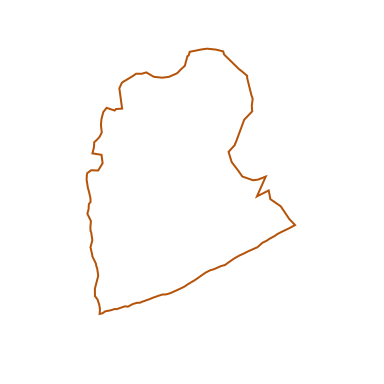 the district of Langtang South, Plateau, Nigeria, rotated 17°
{"feature_id": "59680162B99351931357354", "entity_name": "Langtang South", "entity_type": "district", "adm_level": 2, "iso_a3": "NGA", "parent_name": "Nigeria", "parent_adm1": "Plateau", "projection": "natural_earth1", "projection_center": [9.811, 8.594], "detail": "fine", "context": "isolated", "style": "outline", "palette": "amber", "viewbox_px": 384, "rotation_deg": 17, "n_neighbors": 0, "source": "geoboundaries", "source_scale": "gbopen_adm2", "svg_char_len": 2005}
<svg xmlns="http://www.w3.org/2000/svg" viewBox="0 0 384 384"><g transform="rotate(17 192 192)"><path d="M300.2,193.5L292.8,189.3L281.0,179.7L269.0,175.9L264.9,168.1L255.4,177.2L258.0,155.7L251.6,160.8L247.0,162.9L235.6,162.5L230.3,158.3L221.2,151.8L215.2,142.9L219.1,134.8L219.1,133.2L219.4,131.9L220.8,107.5L226.0,97.3L224.0,92.2L222.8,85.2L220.3,81.7L211.5,67.0L210.7,64.7L202.2,61.1L201.7,61.1L182.6,51.2L180.7,48.4L173.4,48.8L164.6,50.5L159.6,52.8L153.3,56.2L148.8,58.6L148.9,62.3L147.9,63.6L147.9,63.8L148.0,66.0L148.1,69.7L148.3,73.3L145.3,78.4L143.4,82.2L142.4,83.4L139.3,86.0L136.3,88.6L133.7,89.8L133.4,89.9L130.1,91.4L121.8,93.0L117.5,92.0L113.3,91.0L111.2,92.4L109.2,93.7L104.0,95.2L101.0,99.0L94.0,106.7L93.0,108.0L92.2,114.1L100.8,132.7L95.1,134.9L94.2,136.7L85.7,136.5L83.8,141.5L84.1,148.8L85.4,154.8L88.3,161.4L87.5,166.3L85.8,169.9L84.0,172.9L84.0,173.2L85.2,178.1L85.5,184.2L94.6,182.9L98.1,190.6L96.3,197.7L95.9,198.9L89.2,200.7L86.3,204.6L86.4,206.1L87.6,211.0L89.9,215.7L91.0,218.1L93.3,221.7L96.7,227.6L97.9,231.2L96.9,233.7L98.1,238.5L98.3,243.4L103.8,249.3L105.1,255.3L106.3,258.8L107.4,260.1L110.8,267.2L111.1,274.6L114.5,280.5L115.7,282.9L117.9,285.2L121.1,288.7L122.3,291.1L123.4,292.3L126.8,299.4L127.0,303.1L127.2,308.0L127.4,312.8L128.5,316.4L129.7,320.0L133.0,322.3L136.3,327.0L138.3,331.1L139.3,335.6L141.9,334.1L143.9,331.5L149.0,328.8L152.1,326.6L154.3,326.0L161.3,320.9L164.2,320.4L168.1,316.5L171.7,314.1L174.6,313.1L176.2,311.7L180.5,308.5L182.6,307.0L185.3,304.7L190.5,300.9L193.5,298.8L197.2,297.5L200.8,295.1L206.2,290.4L207.3,289.4L211.7,285.4L212.5,284.6L215.2,281.2L220.5,275.4L222.3,273.2L225.8,268.6L228.5,265.2L232.1,261.7L233.0,261.1L235.7,259.3L241.1,254.6L244.6,252.3L244.8,252.3L246.5,250.0L249.2,246.5L251.9,243.1L256.3,238.5L259.0,236.2L262.6,232.7L268.0,228.0L270.7,225.7L274.2,220.0L276.3,218.0L277.8,216.6L279.6,214.3L284.1,209.7L285.8,207.4L289.4,203.9L295.7,198.1L300.2,193.5L300.2,193.5Z" fill="none" stroke="#b45309" stroke-width="2"/></g></svg>